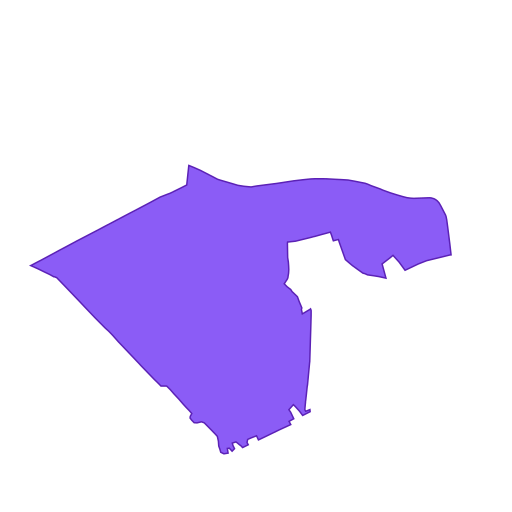 Dong Da, Ha Noi, Vietnam (Robinson projection), rotated 136°
{"feature_id": "81297802B63935781650096", "entity_name": "Dong Da", "entity_type": "district", "adm_level": 2, "iso_a3": "VNM", "parent_name": "Vietnam", "parent_adm1": "Ha Noi", "projection": "robinson", "projection_center": [105.824, 21.015], "detail": "fine", "context": "isolated", "style": "filled", "palette": "violet", "viewbox_px": 512, "rotation_deg": 136, "n_neighbors": 0, "source": "geoboundaries", "source_scale": "gbopen_adm2", "svg_char_len": 3364}
<svg xmlns="http://www.w3.org/2000/svg" viewBox="0 0 512 512"><g transform="rotate(136 256 256)"><path d="M114.9,121.3L108.0,130.3L97.9,143.8L93.7,149.5L91.9,152.3L91.2,153.8L88.3,163.5L87.4,167.1L87.3,169.7L87.6,171.7L88.2,173.6L89.7,176.2L91.0,177.6L102.5,187.9L104.6,190.2L106.9,193.1L109.0,196.5L112.1,201.9L115.7,208.5L119.1,215.5L120.0,217.8L120.4,218.6L122.2,222.3L123.3,224.5L124.5,227.0L125.9,230.4L126.4,231.3L126.8,232.2L127.6,233.4L129.5,236.1L133.1,241.3L137.0,246.7L141.2,251.3L145.9,256.3L152.2,263.1L159.8,270.5L163.1,273.4L168.3,277.5L176.7,283.9L190.4,293.6L206.6,305.7L209.8,307.9L210.6,308.4L211.6,309.1L216.3,314.6L220.0,319.5L222.5,324.0L228.9,335.2L230.3,337.8L236.5,356.2L239.1,362.6L241.0,366.9L241.4,367.8L241.8,367.5L256.5,355.2L262.4,357.0L274.2,360.8L275.8,361.5L276.2,361.7L284.1,365.0L294.9,368.0L300.8,369.7L316.8,374.4L341.2,381.5L355.0,385.5L373.9,391.1L374.5,391.3L376.4,391.8L393.5,396.7L402.5,399.2L413.9,402.4L414.3,402.5L414.8,402.7L420.2,404.3L423.1,405.1L424.7,405.6L421.8,398.4L421.0,396.2L419.3,391.5L417.5,386.7L417.2,385.9L416.0,381.9L415.9,381.5L415.6,381.2L415.2,380.9L415.2,380.7L415.1,380.4L415.0,380.1L414.9,379.9L414.4,379.0L414.4,366.1L414.5,346.4L414.6,338.4L414.7,323.6L414.6,315.6L414.5,308.7L414.2,304.6L414.2,298.2L414.6,289.5L414.6,286.0L414.7,273.9L414.8,263.4L414.8,261.9L414.9,256.5L414.9,254.7L414.9,250.4L414.9,247.4L414.9,241.1L414.9,237.8L414.8,234.9L414.7,231.1L414.7,228.5L410.6,224.5L410.5,219.2L410.8,213.9L410.9,206.8L411.3,199.8L411.4,195.8L411.4,191.2L411.6,187.3L414.7,186.3L416.0,185.2L416.3,182.7L416.3,179.1L415.9,178.6L414.3,176.9L410.4,174.6L409.1,171.9L409.0,162.8L409.0,156.0L409.1,153.1L411.7,148.9L414.8,145.2L416.3,141.9L417.7,139.3L416.5,136.0L413.0,133.6L410.3,137.5L408.7,136.3L408.8,132.2L405.3,132.3L404.2,135.7L403.0,137.9L399.6,136.2L399.3,134.7L399.0,131.6L398.7,130.3L398.7,127.5L392.7,125.6L392.0,128.1L390.8,128.9L389.5,129.8L388.5,129.6L388.2,129.4L386.0,128.6L380.5,126.3L382.0,122.0L374.8,119.6L359.8,114.7L350.1,111.3L348.7,110.8L348.1,110.6L347.1,114.1L344.5,113.4L341.9,112.7L339.6,119.5L339.1,122.6L332.4,123.1L332.3,120.5L332.5,114.3L333.2,108.9L325.2,106.4L323.9,108.1L326.7,109.2L328.1,109.8L327.8,111.0L327.4,111.8L327.2,111.9L326.2,112.8L324.8,114.0L323.3,115.3L322.2,116.2L321.8,116.6L321.5,116.9L320.7,117.5L319.7,118.3L319.1,118.8L318.3,119.5L317.9,119.8L315.5,121.8L309.9,126.5L308.5,127.5L291.7,141.9L290.7,142.7L267.7,165.1L257.8,174.8L254.3,178.4L253.7,179.5L253.5,180.1L254.1,180.1L259.7,181.4L262.2,182.0L262.6,182.1L262.9,182.2L261.7,184.0L260.5,186.0L259.1,186.8L258.5,188.3L257.6,190.6L256.8,192.7L255.6,195.5L254.5,197.9L254.7,203.6L254.8,205.3L254.3,207.7L255.0,212.4L255.0,216.4L249.6,217.6L248.2,218.2L246.8,219.3L244.5,221.0L241.9,223.4L239.4,226.2L236.9,229.2L234.3,232.9L224.5,243.4L223.6,244.1L217.4,239.3L216.9,239.0L216.4,238.7L209.7,234.8L207.8,233.7L203.5,231.2L201.1,229.9L200.2,229.3L193.7,225.8L190.1,223.8L185.9,221.5L187.4,218.1L189.6,213.7L189.8,213.2L188.5,212.5L186.9,211.6L185.3,210.6L186.9,207.3L194.2,191.3L193.7,186.0L193.3,182.1L192.3,176.5L191.0,169.4L189.9,167.6L188.9,165.0L184.8,159.7L182.1,156.1L177.9,149.8L170.8,162.7L161.0,161.6L157.0,161.3L157.1,157.9L157.3,152.3L158.7,142.2L144.7,137.5L143.0,136.8L136.5,134.1L121.1,125.1L115.9,122.1L114.9,121.3Z" fill="#8b5cf6" stroke="#5b21b6" stroke-width="1.5"/></g></svg>